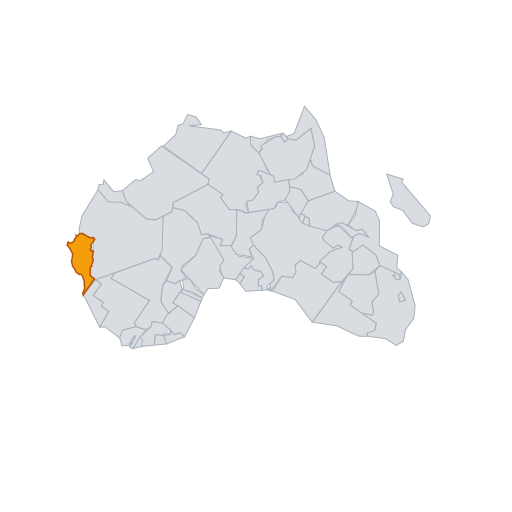 Morocco highlighted on a map of Africa, rotated 305°
{"feature_id": "MAR", "entity_name": "Morocco", "entity_type": "country or territory", "adm_level": 0, "iso_a3": "MAR", "parent_name": "Africa", "parent_adm1": "", "projection": "mercator", "projection_center": [-5.43, 31.798], "detail": "fine", "context": "in_parent", "style": "filled", "palette": "amber", "viewbox_px": 512, "rotation_deg": 305, "n_neighbors": 49, "source": "natural_earth", "source_scale": "50m", "svg_char_len": 12398}
<svg xmlns="http://www.w3.org/2000/svg" viewBox="0 0 512 512"><g transform="rotate(305 256 256)"><path d="M331.1,267.1L354.4,283.4L354.3,300.2L359.2,308.3L355.7,310.9L334.0,313.7L330.4,304.3L317.3,299.6L312.4,291.5L311.2,282.6L317.3,277.6L315.9,267.9L331.1,267.1Z" fill="#d9dde1" stroke="#a8b0b8" stroke-width="1"/><path d="M144.6,138.1L144.6,145.5L130.3,145.3L130.4,157.6L126.3,158.0L126.1,167.3L108.0,168.8L125.3,136.8L144.6,138.1Z" fill="#d9dde1" stroke="#a8b0b8" stroke-width="1"/><path d="M311.2,282.6L317.3,299.6L308.5,300.4L306.9,314.9L312.4,316.7L312.7,321.5L301.6,314.1L279.7,311.8L277.8,294.9L270.7,293.4L266.0,298.0L259.2,298.4L254.2,288.7L236.0,288.3L242.2,282.6L246.5,284.7L252.8,278.4L259.9,264.8L263.9,244.5L267.9,240.9L280.8,245.3L295.0,239.9L302.6,240.0L307.2,244.1L312.8,242.8L319.2,253.3L313.5,260.3L311.2,282.6Z" fill="#d9dde1" stroke="#a8b0b8" stroke-width="1"/><path d="M364.8,270.3L362.1,250.7L367.2,244.4L379.6,241.0L392.0,227.8L374.0,222.5L369.1,216.4L371.6,212.4L378.1,216.9L406.5,209.9L401.9,227.4L391.7,244.4L364.8,270.3Z" fill="#d9dde1" stroke="#a8b0b8" stroke-width="1"/><path d="M354.4,283.4L331.1,267.1L336.1,254.6L331.6,244.3L337.3,238.8L349.6,247.2L366.0,245.7L362.1,250.7L364.8,270.3L354.4,283.4Z" fill="#d9dde1" stroke="#a8b0b8" stroke-width="1"/><path d="M290.3,226.8L286.9,224.8L285.4,223.5L285.8,218.5L278.7,207.3L283.5,193.4L287.3,193.7L287.1,173.5L292.2,173.5L292.2,164.1L344.1,164.1L346.8,179.9L350.9,182.8L344.1,187.6L341.5,203.0L332.7,216.1L331.5,224.7L326.1,208.9L320.0,219.7L314.0,217.6L309.5,221.6L299.8,221.3L292.5,217.7L287.3,225.0L290.3,226.8Z" fill="#d9dde1" stroke="#a8b0b8" stroke-width="1"/><path d="M287.1,175.5L287.3,193.7L283.5,193.4L278.7,207.3L282.8,213.8L261.4,228.3L249.6,230.3L243.8,220.9L250.4,219.0L246.6,204.0L242.0,199.3L249.5,189.1L252.3,171.7L247.7,160.0L252.1,157.4L287.1,175.5Z" fill="#d9dde1" stroke="#a8b0b8" stroke-width="1"/><path d="M254.3,393.6L256.4,391.1L263.5,395.9L269.8,393.0L269.8,374.9L274.2,385.0L277.3,384.5L284.8,377.4L295.1,378.4L311.6,362.2L319.3,362.9L322.5,373.0L322.1,380.1L318.6,379.6L317.1,384.5L319.7,387.2L326.4,384.5L323.7,394.5L306.3,415.0L295.6,421.1L281.5,420.7L270.6,425.6L263.2,422.1L262.5,409.2L254.3,393.6ZM309.6,395.5L305.6,395.0L300.9,400.1L305.8,403.5L309.6,395.5Z" fill="#d9dde1" stroke="#a8b0b8" stroke-width="1"/><path d="M309.6,395.5L305.8,403.5L300.9,400.1L305.6,395.0L309.6,395.5Z" fill="#d9dde1" stroke="#a8b0b8" stroke-width="1"/><path d="M319.3,362.9L305.4,359.3L293.3,341.9L301.1,342.8L315.3,331.7L326.5,337.2L325.7,353.8L319.3,362.9Z" fill="#d9dde1" stroke="#a8b0b8" stroke-width="1"/><path d="M311.6,362.2L295.1,378.4L284.8,377.4L277.3,384.5L274.2,385.0L269.8,374.9L269.8,361.0L274.1,360.8L274.3,344.2L293.3,341.9L305.4,359.3L311.6,362.2Z" fill="#d9dde1" stroke="#a8b0b8" stroke-width="1"/><path d="M269.8,361.0L269.8,393.0L263.5,395.9L256.4,391.1L254.3,393.6L249.3,386.2L245.1,362.2L234.1,339.9L292.5,341.1L274.3,344.2L274.1,360.8L269.8,361.0Z" fill="#d9dde1" stroke="#a8b0b8" stroke-width="1"/><path d="M109.5,202.8L105.5,197.7L112.1,189.8L118.8,189.2L129.4,198.2L132.3,208.0L109.6,208.3L108.9,204.8L122.0,203.2L109.5,202.8Z" fill="#d9dde1" stroke="#a8b0b8" stroke-width="1"/><path d="M132.3,208.0L129.4,198.2L131.6,194.7L158.4,194.2L154.4,150.0L161.1,149.9L196.5,174.9L196.5,177.9L201.4,177.4L198.6,193.9L178.0,196.6L165.1,203.4L159.0,217.3L147.5,218.0L142.7,208.6L138.2,210.7L132.3,208.0Z" fill="#d9dde1" stroke="#a8b0b8" stroke-width="1"/><path d="M108.0,168.8L126.1,167.3L126.3,158.0L130.4,157.6L130.3,145.3L144.6,145.5L144.6,138.1L161.1,149.9L154.4,150.0L158.4,194.2L131.6,194.7L129.4,198.2L118.8,189.2L110.6,191.3L111.4,173.1L108.0,168.8Z" fill="#d9dde1" stroke="#a8b0b8" stroke-width="1"/><path d="M194.5,235.5L190.8,236.0L190.0,222.8L186.1,216.8L195.2,208.9L199.3,215.6L194.6,225.5L194.5,235.5Z" fill="#d9dde1" stroke="#a8b0b8" stroke-width="1"/><path d="M247.7,160.0L252.3,171.7L249.5,189.1L242.0,199.3L246.6,204.0L244.8,207.8L240.0,202.8L222.2,206.3L206.5,201.6L200.7,203.1L198.5,211.5L187.2,206.2L184.3,196.8L198.6,193.9L201.4,177.4L235.2,157.1L244.6,161.8L247.7,160.0Z" fill="#d9dde1" stroke="#a8b0b8" stroke-width="1"/><path d="M194.5,235.5L201.8,202.1L222.2,206.3L240.0,202.8L246.5,209.6L234.1,232.3L223.1,234.6L219.9,242.0L208.5,244.2L201.6,235.4L194.5,235.5Z" fill="#d9dde1" stroke="#a8b0b8" stroke-width="1"/><path d="M246.2,206.1L250.4,219.0L243.8,220.9L250.3,229.1L246.1,242.2L252.5,255.4L224.9,252.9L219.9,243.2L221.0,238.9L227.0,232.0L234.1,232.3L246.2,206.1Z" fill="#d9dde1" stroke="#a8b0b8" stroke-width="1"/><path d="M186.6,214.5L190.8,236.0L187.3,236.9L182.5,215.8L186.6,214.5Z" fill="#d9dde1" stroke="#a8b0b8" stroke-width="1"/><path d="M182.8,214.4L187.3,236.9L170.2,241.0L169.8,214.6L182.8,214.4Z" fill="#d9dde1" stroke="#a8b0b8" stroke-width="1"/><path d="M147.5,218.0L155.5,216.6L170.3,220.5L170.2,241.0L148.9,243.8L149.5,237.9L145.0,234.5L147.5,218.0Z" fill="#d9dde1" stroke="#a8b0b8" stroke-width="1"/><path d="M122.7,207.4L138.2,210.7L142.7,208.6L147.5,218.0L146.4,229.2L142.4,230.8L140.0,225.4L136.7,226.2L134.0,218.7L124.7,223.8L116.4,214.3L122.7,207.4Z" fill="#d9dde1" stroke="#a8b0b8" stroke-width="1"/><path d="M109.6,208.3L122.7,207.4L122.5,210.8L116.4,214.3L109.6,208.3Z" fill="#d9dde1" stroke="#a8b0b8" stroke-width="1"/><path d="M145.7,229.2L145.0,234.5L149.5,237.9L148.9,243.8L132.6,233.1L137.9,226.0L142.4,230.8L145.7,229.2Z" fill="#d9dde1" stroke="#a8b0b8" stroke-width="1"/><path d="M124.7,223.8L134.0,218.7L137.9,226.0L132.6,233.1L124.7,223.8Z" fill="#d9dde1" stroke="#a8b0b8" stroke-width="1"/><path d="M159.0,217.3L163.9,204.5L178.0,196.6L184.3,196.8L187.2,206.2L192.2,207.2L186.6,214.5L169.8,214.6L170.3,220.5L159.0,217.3Z" fill="#d9dde1" stroke="#a8b0b8" stroke-width="1"/><path d="M302.6,240.0L289.6,240.5L280.8,245.3L267.9,240.9L263.5,247.6L257.7,246.6L252.8,253.0L246.0,239.0L249.6,230.3L261.4,228.3L282.8,213.8L285.4,223.5L302.6,240.0Z" fill="#d9dde1" stroke="#a8b0b8" stroke-width="1"/><path d="M263.5,247.6L259.9,264.8L252.8,278.4L246.5,284.7L237.9,282.4L234.9,285.0L231.3,280.4L234.6,277.9L232.9,275.0L237.7,271.5L244.0,273.7L245.9,268.8L243.3,262.8L245.2,257.7L240.8,257.2L239.9,253.0L252.5,255.4L257.7,246.6L263.5,247.6Z" fill="#d9dde1" stroke="#a8b0b8" stroke-width="1"/><path d="M232.1,253.0L239.4,252.8L240.8,257.2L245.2,257.7L243.3,262.8L245.9,268.8L244.0,273.7L237.7,271.5L232.9,275.0L234.6,277.9L231.3,280.4L221.2,267.8L224.2,258.5L232.1,258.3L232.1,253.0Z" fill="#d9dde1" stroke="#a8b0b8" stroke-width="1"/><path d="M224.9,252.9L232.1,253.0L232.1,258.3L224.2,258.5L224.9,252.9Z" fill="#d9dde1" stroke="#a8b0b8" stroke-width="1"/><path d="M317.3,299.6L328.2,305.5L325.8,323.6L328.1,324.7L314.8,328.4L315.3,331.7L301.1,342.8L284.3,340.9L278.5,334.3L278.7,319.9L287.9,319.9L287.4,311.1L301.6,314.1L312.7,321.5L312.4,316.7L306.9,314.9L307.3,303.2L309.7,299.9L317.3,299.6Z" fill="#d9dde1" stroke="#a8b0b8" stroke-width="1"/><path d="M326.1,303.5L332.8,307.6L334.0,323.0L339.0,327.6L336.1,337.6L333.6,327.6L325.8,323.6L329.3,309.3L326.1,303.5Z" fill="#d9dde1" stroke="#a8b0b8" stroke-width="1"/><path d="M334.0,313.7L346.8,313.9L359.2,308.3L361.2,328.0L355.4,337.2L335.0,351.3L338.0,371.8L327.3,377.8L326.4,384.5L323.1,384.5L319.3,362.9L325.7,353.8L326.5,337.2L315.5,333.4L314.8,328.4L328.1,324.7L333.6,327.6L336.1,337.6L339.0,327.6L334.0,323.0L334.0,313.7Z" fill="#d9dde1" stroke="#a8b0b8" stroke-width="1"/><path d="M323.1,384.5L319.7,387.2L317.1,384.5L318.6,379.6L323.1,384.5Z" fill="#d9dde1" stroke="#a8b0b8" stroke-width="1"/><path d="M234.9,285.0L238.0,284.8L236.0,288.3L234.9,285.0ZM236.6,289.7L254.2,288.7L259.2,298.4L266.0,298.0L270.7,293.4L277.8,294.9L279.7,311.8L287.9,312.5L287.9,319.9L278.7,319.9L278.5,334.3L284.3,340.9L234.1,339.9L242.8,312.7L236.6,289.7Z" fill="#d9dde1" stroke="#a8b0b8" stroke-width="1"/><path d="M316.1,273.5L317.3,277.6L311.2,282.6L309.8,275.4L316.1,273.5Z" fill="#d9dde1" stroke="#a8b0b8" stroke-width="1"/><path d="M398.1,316.0L403.3,332.6L400.2,332.6L388.9,375.8L381.5,379.0L375.5,376.0L372.5,365.4L377.4,349.7L375.2,340.4L377.3,334.9L385.5,332.9L398.1,316.0Z" fill="#d9dde1" stroke="#a8b0b8" stroke-width="1"/><path d="M108.9,204.8L116.6,201.6L122.0,203.2L108.9,204.8Z" fill="#d9dde1" stroke="#a8b0b8" stroke-width="1"/><path d="M224.2,123.5L215.6,103.9L219.6,88.6L224.3,86.4L227.3,89.8L231.0,87.8L227.1,102.7L233.0,109.0L224.2,123.5Z" fill="#d9dde1" stroke="#a8b0b8" stroke-width="1"/><path d="M144.6,138.1L144.7,130.9L177.0,113.5L173.2,98.2L177.4,95.3L189.1,90.4L219.6,88.6L215.6,103.9L222.3,114.3L225.6,128.0L223.5,144.5L227.8,152.8L235.2,157.1L207.5,175.4L196.5,177.9L196.5,174.9L144.6,138.1Z" fill="#d9dde1" stroke="#a8b0b8" stroke-width="1"/><path d="M342.2,199.1L344.1,187.6L350.9,182.8L354.6,192.3L371.3,206.8L368.1,207.6L358.0,198.6L342.2,199.1Z" fill="#d9dde1" stroke="#a8b0b8" stroke-width="1"/><path d="M344.1,164.1L292.2,164.1L292.9,117.1L309.3,120.7L318.3,117.2L322.6,120.4L332.7,118.9L335.6,127.6L332.2,136.0L324.2,126.3L339.0,155.0L338.3,158.9L344.1,164.1Z" fill="#d9dde1" stroke="#a8b0b8" stroke-width="1"/><path d="M291.8,115.4L292.2,173.5L287.1,175.5L252.1,157.4L244.6,161.8L227.8,152.8L223.5,144.5L226.3,118.1L233.0,109.0L249.4,113.5L251.5,118.1L266.3,123.7L274.0,111.2L291.8,115.4Z" fill="#d9dde1" stroke="#a8b0b8" stroke-width="1"/><path d="M392.0,227.8L379.6,241.0L355.9,247.9L341.0,243.4L327.0,228.7L342.2,199.1L347.3,200.0L348.7,196.7L364.8,203.5L368.1,207.6L365.5,214.2L370.0,214.8L374.0,222.5L392.0,227.8Z" fill="#d9dde1" stroke="#a8b0b8" stroke-width="1"/><path d="M368.1,207.6L372.4,208.2L370.0,214.8L365.5,214.2L368.1,207.6Z" fill="#d9dde1" stroke="#a8b0b8" stroke-width="1"/><path d="M331.1,267.1L312.2,268.8L319.5,246.3L331.6,244.3L333.7,247.3L336.1,254.6L331.1,267.1Z" fill="#d9dde1" stroke="#a8b0b8" stroke-width="1"/><path d="M315.9,267.9L317.4,272.9L309.8,275.4L311.0,270.0L315.9,267.9Z" fill="#d9dde1" stroke="#a8b0b8" stroke-width="1"/><path d="M317.7,247.5L312.8,242.8L305.2,243.6L287.3,225.0L295.6,217.1L299.8,221.3L309.5,221.6L314.0,217.6L320.0,219.7L324.6,214.1L323.1,210.1L328.1,209.2L331.5,224.7L327.0,228.7L337.3,238.8L328.9,246.3L317.7,247.5Z" fill="#d9dde1" stroke="#a8b0b8" stroke-width="1"/><path d="M125.6,136.3L126.0,135.5L126.7,135.2L128.1,135.1L130.2,134.5L132.1,133.6L132.6,133.2L133.2,132.5L134.2,131.6L135.9,130.4L136.8,129.8L138.0,128.2L138.8,126.9L139.5,126.1L140.0,125.3L140.3,124.5L140.5,123.3L140.4,122.8L139.9,122.0L139.5,121.8L139.4,121.5L139.6,120.8L139.6,119.7L139.7,117.8L140.3,116.4L141.7,114.4L142.0,113.6L142.2,112.4L142.2,111.9L144.0,110.1L145.0,108.7L145.4,108.4L146.3,107.7L149.6,106.3L151.4,105.3L152.5,104.6L153.1,103.7L154.9,100.3L156.6,95.5L156.7,94.9L157.5,94.7L158.1,94.7L158.5,94.5L159.0,94.1L159.6,94.3L159.3,94.5L159.3,95.1L159.7,95.8L160.3,96.6L161.5,97.6L162.4,98.0L163.7,98.3L165.2,97.8L166.1,97.8L166.5,97.6L167.0,97.9L167.8,98.0L168.6,97.8L169.3,97.4L169.7,96.9L169.7,97.2L169.7,97.4L169.9,97.6L170.1,98.2L170.2,98.4L170.7,98.4L171.1,98.5L172.1,98.5L173.0,98.6L173.1,99.0L173.3,99.3L174.3,100.0L174.8,100.4L174.8,100.6L174.7,101.0L174.7,101.5L175.1,101.8L175.1,102.0L174.8,102.5L175.2,103.5L175.3,104.5L175.2,105.2L175.2,105.6L175.2,105.9L175.5,106.7L175.3,108.0L175.6,108.7L175.9,109.3L176.1,110.3L176.3,110.8L176.8,111.2L177.0,111.4L177.5,111.7L177.8,112.0L178.0,112.5L177.6,112.8L177.2,113.1L177.2,113.5L177.3,114.0L177.3,114.3L177.1,114.4L176.2,114.4L175.5,114.4L174.7,114.3L173.6,114.3L172.9,114.3L172.0,114.2L171.6,114.2L170.8,114.4L170.1,114.5L169.8,114.7L169.7,115.1L169.6,115.5L167.6,116.4L166.9,116.5L166.5,116.4L166.2,116.5L165.9,116.6L165.8,116.8L165.8,117.1L165.9,117.4L166.1,117.8L166.1,118.2L166.0,118.4L165.9,118.7L165.9,119.0L166.0,119.2L166.3,119.3L166.6,119.4L166.8,119.7L166.8,120.0L166.6,120.2L166.5,120.3L165.8,120.4L165.2,120.5L164.5,121.0L163.7,121.5L162.8,121.9L162.4,122.0L161.8,122.3L160.9,122.7L160.5,123.4L160.0,124.3L159.5,124.8L158.8,125.3L158.2,125.5L157.4,125.8L156.4,125.9L155.7,126.0L154.8,126.1L154.5,126.0L154.3,126.0L154.2,126.1L154.2,126.5L154.1,126.8L153.9,127.1L153.6,127.3L153.1,127.2L152.7,127.1L151.6,127.0L151.4,127.0L151.0,127.2L150.5,127.6L150.2,128.0L149.9,128.2L149.3,128.2L149.0,128.4L147.9,129.3L147.6,129.5L146.5,130.2L146.2,130.5L145.9,130.7L145.2,131.3L144.8,131.5L144.7,131.7L144.7,132.0L144.7,132.8L144.7,133.5L144.7,134.6L144.7,135.6L144.7,136.8L125.0,136.8L125.6,136.3Z" fill="#f59e0b" stroke="#b45309" stroke-width="1.5"/></g></svg>